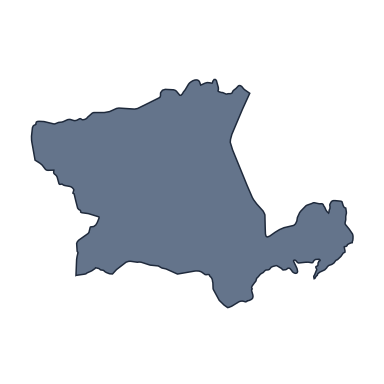 SVG path tracing the border of Potosí, rotated 93°
{"feature_id": "BOL-1939", "entity_name": "Potosí", "entity_type": "Department", "adm_level": 1, "iso_a3": "BOL", "parent_name": "Bolivia", "parent_adm1": "", "projection": "robinson", "projection_center": [-66.321, -20.376], "detail": "fine", "context": "isolated", "style": "filled", "palette": "slate", "viewbox_px": 384, "rotation_deg": 93, "n_neighbors": 0, "source": "natural_earth", "source_scale": "10m", "svg_char_len": 5903}
<svg xmlns="http://www.w3.org/2000/svg" viewBox="0 0 384 384"><g transform="rotate(93 192 192)"><path d="M89.3,171.3L89.8,171.3L90.3,170.6L90.6,169.9L91.1,167.7L91.1,166.5L92.3,163.4L92.4,162.5L92.3,162.1L92.1,161.7L91.9,160.8L91.8,158.9L91.7,158.5L91.3,157.6L90.8,157.1L89.0,156.4L88.1,155.6L86.3,153.5L83.6,151.2L83.2,150.4L83.3,149.2L84.0,147.9L86.4,145.7L87.3,144.5L90.4,139.5L106.6,145.9L132.3,155.2L137.5,156.3L140.4,156.4L148.0,153.6L182.6,137.3L194.3,131.5L196.5,130.1L200.6,126.7L207.3,120.0L209.7,118.6L211.0,118.0L222.9,117.1L229.8,116.5L231.4,116.1L232.1,115.8L232.6,115.3L232.9,114.7L232.9,114.1L231.9,112.0L227.8,106.8L225.0,102.7L222.8,98.2L220.2,89.2L219.9,88.5L219.2,87.8L218.4,87.0L215.5,85.8L211.9,85.4L206.9,83.4L205.3,82.3L200.6,78.2L199.9,77.6L199.6,77.2L199.1,76.4L197.2,71.7L196.5,70.5L196.4,70.2L196.3,69.4L196.4,68.6L196.9,65.7L197.0,64.9L197.1,63.9L196.9,61.7L197.0,61.4L197.2,60.9L197.8,60.3L199.0,59.7L200.4,58.6L203.0,57.3L204.6,56.1L205.9,54.5L204.6,54.1L203.4,54.1L202.8,54.0L201.6,53.5L201.1,53.4L199.6,53.4L198.1,53.7L197.4,53.7L196.7,53.5L194.8,52.6L194.2,52.2L193.8,51.7L193.4,51.0L193.2,50.2L193.1,48.7L193.4,42.7L193.9,41.7L197.7,40.3L198.4,39.9L199.0,39.5L199.6,38.9L200.0,37.6L203.9,36.8L205.2,36.7L206.1,36.9L208.3,37.2L211.7,37.0L214.6,37.5L215.2,37.5L215.7,37.4L216.4,37.1L220.8,33.1L225.4,29.6L226.1,29.3L227.6,28.9L229.9,28.8L231.8,28.9L233.1,29.3L234.2,29.3L234.5,30.5L235.2,32.1L236.1,33.6L236.7,34.2L237.4,34.3L237.9,34.8L238.3,35.4L238.6,37.0L239.1,37.1L242.9,36.1L244.1,36.1L245.1,37.8L248.5,39.9L252.0,43.2L252.4,44.3L253.4,45.2L255.4,46.5L256.8,48.3L257.4,49.5L258.1,51.4L258.9,52.3L259.9,53.1L260.8,53.6L262.8,55.4L265.3,60.1L267.0,62.1L267.3,62.2L268.2,62.4L268.5,62.5L268.8,62.7L269.3,63.4L271.3,64.6L271.8,64.7L272.0,65.0L272.2,65.5L270.3,66.0L269.5,65.9L268.2,65.2L263.9,63.7L263.5,63.4L263.2,63.3L262.6,63.5L261.0,64.3L260.7,64.4L260.4,64.4L260.0,64.3L259.8,64.0L259.3,63.0L259.2,62.8L258.9,62.6L258.6,62.5L258.2,62.4L256.5,62.4L256.2,62.4L255.6,62.0L255.2,61.8L254.6,61.8L254.3,61.6L254.2,61.4L254.1,60.9L253.9,60.6L253.7,60.5L253.4,60.6L253.1,60.7L252.8,60.9L252.6,61.2L252.5,61.8L252.8,64.1L252.8,64.7L252.9,65.0L253.1,65.4L253.6,66.1L254.0,66.5L254.4,66.8L255.6,67.4L256.2,67.8L256.3,68.3L256.4,69.0L256.0,72.1L256.2,74.8L257.3,81.8L257.3,82.1L257.0,82.7L256.6,83.3L255.3,84.5L254.8,85.1L254.7,85.5L254.6,85.9L254.7,86.3L254.8,86.6L255.2,86.9L255.5,87.0L256.1,86.8L262.2,83.5L263.3,83.0L265.8,82.4L266.1,82.4L266.4,82.5L267.0,82.7L267.3,83.0L267.5,83.3L267.7,83.7L267.8,84.3L267.7,85.0L267.5,85.7L266.9,86.8L266.5,87.4L266.2,87.7L265.3,88.3L263.2,90.3L263.0,90.8L263.0,91.4L263.1,92.1L263.2,92.4L263.4,92.6L264.3,93.6L264.6,94.2L264.8,94.9L264.9,95.8L265.1,96.8L265.0,97.1L264.9,97.5L264.1,98.2L263.7,98.6L261.4,102.9L261.1,103.8L261.1,104.1L262.1,107.3L263.0,109.0L264.8,110.3L265.2,110.7L265.5,111.2L265.8,112.0L266.0,113.7L266.3,114.5L267.1,115.4L268.6,116.6L269.9,118.6L270.5,119.4L273.3,121.5L274.1,122.3L275.0,123.0L277.5,123.5L278.4,124.1L279.3,124.8L282.7,127.0L284.1,127.5L285.2,127.1L285.6,126.8L285.9,126.9L286.2,127.3L287.4,127.3L291.8,125.8L293.5,125.6L295.0,126.0L296.0,126.9L296.8,128.2L297.5,129.7L297.7,131.0L297.9,131.0L298.3,131.4L298.8,132.3L298.9,132.9L298.8,133.4L298.5,134.5L298.3,135.9L298.4,137.1L298.7,138.3L299.3,139.6L304.0,146.4L305.2,149.0L305.6,150.3L303.2,154.1L298.8,159.1L288.2,165.6L287.3,165.9L281.5,166.4L280.3,166.8L278.6,167.1L277.3,167.7L276.1,168.6L275.2,169.7L275.0,169.8L274.7,170.0L274.1,170.2L273.8,170.4L273.6,170.8L273.6,172.2L273.6,172.5L273.9,173.6L273.7,174.7L271.5,178.1L271.2,178.7L270.6,180.8L270.6,181.4L270.6,183.7L270.8,185.1L274.7,202.2L270.4,213.3L270.1,214.3L269.5,218.0L269.0,219.1L267.6,221.8L267.2,230.0L264.8,239.0L264.7,240.3L264.7,241.2L265.0,242.9L264.4,249.7L264.5,251.3L264.6,251.7L265.5,254.1L273.4,263.3L278.0,267.1L278.0,269.1L278.0,269.8L277.8,270.6L276.9,273.3L276.1,274.8L275.4,275.7L275.1,275.9L274.9,276.3L274.8,276.9L274.6,278.8L274.5,279.4L273.6,280.4L273.2,281.4L272.7,284.4L273.3,284.7L273.8,285.1L274.0,285.4L274.6,286.4L275.3,287.0L275.6,287.5L276.5,289.0L278.0,292.0L278.6,293.0L279.3,293.7L279.8,295.7L281.3,303.3L281.4,303.5L265.5,303.7L262.5,303.4L258.6,302.7L258.2,302.8L257.6,303.3L257.2,303.6L249.4,304.5L247.7,303.9L246.1,302.7L238.9,293.6L237.7,292.8L232.5,291.8L232.2,291.5L231.6,288.3L229.9,286.3L227.4,285.0L222.7,283.4L221.7,283.7L219.0,294.4L218.5,300.4L218.3,301.4L217.9,302.1L217.6,302.1L216.9,302.2L216.4,302.5L215.9,303.0L215.6,303.6L215.4,304.2L214.0,305.4L206.6,307.7L200.1,309.6L199.9,309.9L199.5,310.8L199.3,310.9L198.3,310.6L197.2,310.4L196.6,310.2L196.0,310.1L195.3,310.5L194.0,311.7L193.2,313.0L192.8,314.5L192.2,319.3L191.8,320.8L191.1,321.8L190.9,322.3L191.3,324.2L191.2,324.8L190.6,325.3L184.3,327.4L182.8,328.3L181.7,329.6L181.2,330.4L180.4,331.0L179.6,331.2L178.3,331.1L177.4,331.1L177.9,337.1L177.7,338.5L177.1,339.5L172.9,343.1L171.3,345.2L168.4,350.4L150.7,354.5L148.7,354.9L144.8,355.2L136.1,354.7L134.3,354.0L133.9,353.6L132.7,351.5L132.4,351.6L130.3,351.1L129.7,350.2L129.4,348.5L129.4,343.5L131.2,333.8L131.2,332.6L129.5,328.9L129.0,325.7L128.5,324.3L126.3,320.1L126.0,318.8L125.9,317.5L126.9,313.4L126.8,312.2L126.3,310.6L124.8,308.2L124.6,307.5L124.7,306.9L125.4,305.8L125.6,305.2L125.4,303.8L124.8,302.2L123.8,300.9L122.7,300.1L119.9,297.2L118.6,295.9L118.1,295.1L117.8,294.2L117.2,283.5L116.0,278.5L112.5,271.7L112.0,269.4L112.2,253.7L111.5,250.8L99.7,229.8L98.8,228.8L97.6,228.5L95.2,228.6L94.4,228.5L91.9,226.8L90.9,224.1L90.9,215.8L91.3,214.2L92.1,212.9L96.0,209.3L96.0,208.1L94.3,206.6L92.9,206.0L90.2,204.1L84.5,201.1L83.2,200.1L82.0,198.7L80.8,196.9L80.0,194.9L79.8,192.9L80.4,191.2L81.7,190.2L84.8,188.9L82.6,184.6L81.9,182.5L82.0,179.9L82.3,178.1L82.1,177.4L80.3,177.0L78.5,175.8L78.4,174.6L79.3,173.5L86.2,171.2L87.9,171.0L88.7,171.1L89.3,171.3Z" fill="#64748b" stroke="#1e293b" stroke-width="1.5"/></g></svg>